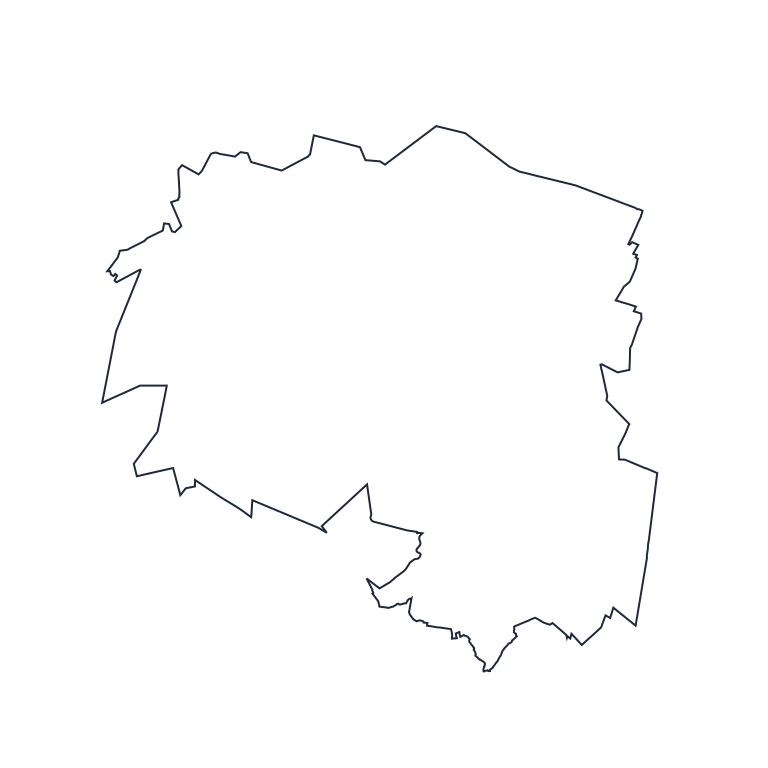 outline of Trincheras, Sonora, Mexico, rotated 101°
{"feature_id": "50627088B52969671288629", "entity_name": "Trincheras", "entity_type": "district", "adm_level": 2, "iso_a3": "MEX", "parent_name": "Mexico", "parent_adm1": "Sonora", "projection": "orthographic", "projection_center": [-111.475, 30.291], "detail": "fine", "context": "isolated", "style": "outline", "palette": "slate", "viewbox_px": 768, "rotation_deg": 101, "n_neighbors": 0, "source": "geoboundaries", "source_scale": "gbopen_adm2", "svg_char_len": 6070}
<svg xmlns="http://www.w3.org/2000/svg" viewBox="0 0 768 768"><g transform="rotate(101 384 384)"><path d="M510.1,614.4L521.7,609.0L514.9,593.6L506.7,575.0L532.0,562.7L524.2,558.7L520.6,550.0L514.3,551.2L526.5,522.2L533.3,503.9L535.4,498.9L540.1,489.0L537.4,489.2L523.2,491.1L537.7,420.9L541.0,411.7L535.4,418.0L485.8,381.5L514.4,371.6L517.8,371.8L519.3,371.1L520.7,369.5L521.1,368.1L523.3,333.5L522.9,323.3L524.0,323.2L524.0,322.7L523.7,321.7L523.5,321.3L523.2,317.8L525.5,319.4L526.2,319.8L527.1,320.0L528.3,320.1L528.9,320.0L529.6,319.8L530.8,319.1L532.2,318.3L533.1,317.9L533.4,317.8L534.1,317.8L534.8,317.8L535.2,317.9L536.2,318.4L539.4,320.2L540.0,320.4L540.6,320.5L541.1,320.4L541.5,320.2L542.0,320.0L542.5,319.4L542.7,319.1L543.3,316.6L543.6,316.1L543.9,315.8L544.4,315.5L544.7,315.4L545.5,315.6L547.2,316.1L547.8,316.4L548.8,317.2L549.2,318.0L549.9,319.9L550.3,320.7L553.7,323.9L554.2,324.5L555.4,324.8L560.9,327.0L562.2,327.7L564.4,329.2L571.7,335.9L577.4,340.3L585.5,349.4L578.2,364.0L588.3,356.1L588.8,356.2L591.1,354.6L591.9,355.4L597.3,349.4L598.5,348.1L603.4,346.0L603.1,340.7L603.0,340.0L602.9,338.3L603.1,337.8L602.9,336.9L602.7,336.5L602.4,335.7L601.9,335.0L600.9,332.9L600.5,332.2L599.7,331.3L599.3,330.9L598.9,330.4L598.4,329.9L597.8,329.7L596.9,328.1L597.5,326.9L597.6,326.4L595.9,323.0L595.4,322.0L595.2,320.6L593.5,320.0L592.2,319.6L591.5,319.3L590.9,318.7L590.6,318.6L590.1,318.2L589.8,317.6L589.8,317.3L589.9,317.2L590.1,317.2L590.1,316.8L589.1,316.1L603.3,315.9L603.6,315.5L604.0,315.4L605.2,314.8L607.8,312.0L608.6,311.2L608.8,310.7L609.1,310.4L609.4,310.3L609.8,309.5L610.5,307.1L610.6,306.8L610.6,306.3L610.4,306.1L610.3,305.9L609.8,305.0L609.3,304.3L609.2,302.9L609.3,301.7L609.6,300.1L610.0,299.7L610.6,299.5L610.3,295.8L613.0,295.7L612.9,292.3L612.8,290.5L612.7,285.8L612.3,281.7L612.2,278.3L611.8,271.7L612.6,271.2L613.1,270.8L615.1,270.0L616.6,269.5L617.9,269.1L621.0,268.8L619.6,263.9L618.4,264.7L616.9,265.3L615.8,265.6L615.2,265.9L613.1,262.7L616.1,261.6L617.7,260.8L617.1,260.0L615.6,258.3L615.2,258.0L615.2,257.7L615.6,257.0L615.7,256.6L615.6,255.3L616.2,253.7L616.8,252.8L617.2,252.5L617.3,252.1L618.3,251.0L618.8,251.3L619.4,251.4L619.8,251.4L620.1,251.3L620.9,250.9L621.3,250.6L621.5,250.2L622.2,249.4L622.9,248.8L623.4,248.2L624.2,247.0L625.0,246.3L626.1,245.0L627.6,245.3L627.9,245.1L628.1,244.9L628.2,244.6L628.6,244.3L629.2,243.9L629.6,243.6L630.1,243.3L631.1,242.6L631.4,242.5L632.1,242.4L632.5,242.6L633.0,242.5L633.5,242.3L634.7,239.8L635.3,239.2L636.0,238.2L636.2,237.9L636.3,237.7L636.0,237.4L636.6,236.1L637.0,235.0L637.3,234.2L637.9,232.9L638.8,231.8L639.5,231.3L640.4,231.6L640.9,231.4L642.6,231.6L642.6,231.9L644.1,231.9L644.8,232.0L646.5,231.7L647.1,231.4L647.0,231.0L646.8,230.5L646.4,230.2L645.3,227.7L645.7,227.3L645.9,226.9L645.9,226.3L645.8,226.2L645.7,226.0L645.6,225.8L645.5,225.3L645.1,225.5L644.5,225.6L643.7,225.0L643.2,224.4L641.7,223.1L640.6,222.8L638.9,221.9L637.4,221.3L635.2,220.2L635.0,219.9L634.4,219.7L632.3,219.1L630.3,218.5L628.6,217.7L628.0,217.7L627.7,217.4L626.5,217.3L624.6,217.0L623.4,216.8L622.4,216.3L621.9,215.9L620.4,215.4L617.0,213.1L615.3,212.4L614.7,211.7L614.0,210.5L613.5,209.9L613.0,209.5L612.4,209.4L612.0,209.5L611.4,209.4L611.0,209.1L610.7,208.7L606.3,205.5L605.4,206.5L605.2,206.7L604.4,206.6L604.1,206.7L603.0,209.1L601.7,209.3L600.0,209.3L598.6,209.6L597.3,210.0L591.9,202.0L588.8,197.2L586.7,194.4L584.6,191.0L585.5,188.0L587.6,182.5L588.2,178.8L588.6,175.2L586.5,173.0L595.5,157.2L598.2,156.0L596.6,155.8L598.3,152.6L593.4,152.3L602.4,140.1L592.0,132.2L582.0,124.8L581.4,124.4L568.9,122.4L570.5,117.3L559.8,116.2L563.5,109.2L573.2,90.9L515.7,92.4L504.4,92.7L502.2,93.3L496.1,93.5L491.5,94.1L490.7,94.2L490.2,94.2L490.0,94.3L489.6,94.2L487.1,94.2L419.3,98.8L416.8,110.2L416.7,110.9L416.9,111.1L412.3,133.1L413.2,138.9L401.5,141.8L387.6,137.9L386.5,137.6L386.1,137.5L385.9,137.5L378.4,136.1L377.5,135.9L376.6,135.5L372.8,140.9L371.3,143.1L365.6,151.2L358.2,161.8L357.6,162.5L353.0,162.6L330.4,172.3L328.1,173.4L323.8,175.2L323.1,174.0L326.3,162.9L327.5,158.7L328.0,156.8L326.0,152.2L325.0,149.8L323.3,145.8L315.1,147.0L301.5,149.3L298.1,148.2L279.7,145.7L271.0,143.7L265.8,145.0L264.9,152.7L260.0,151.5L258.9,160.1L258.6,164.0L257.7,172.5L244.5,167.7L242.7,167.1L237.8,163.1L236.1,162.1L222.8,159.1L222.4,159.1L213.2,158.8L213.0,159.1L212.5,158.9L211.8,161.2L209.1,160.3L208.6,164.2L207.2,163.8L203.7,162.6L203.0,162.3L198.9,160.9L198.4,163.3L197.9,165.4L197.5,167.0L197.5,167.6L198.5,168.2L199.9,169.2L200.4,169.6L200.0,170.9L191.6,168.6L173.7,164.6L170.7,163.7L169.3,163.9L167.7,163.4L164.6,163.3L163.8,167.1L164.1,168.9L163.4,170.2L163.3,170.6L163.0,171.8L162.8,173.0L160.7,185.8L160.5,186.8L160.1,188.9L159.6,191.9L157.7,203.1L155.9,213.8L154.6,221.6L154.3,222.9L153.8,226.3L152.9,231.2L152.5,233.9L152.1,241.2L152.0,243.4L151.8,247.8L150.5,275.2L150.0,283.5L149.7,291.4L146.7,302.5L143.8,308.4L139.8,316.5L125.9,344.7L122.3,352.1L120.9,382.0L159.8,417.1L168.5,424.9L166.2,430.4L167.8,444.9L156.1,452.8L153.3,500.3L172.9,500.4L173.5,501.1L174.4,501.7L174.7,501.8L175.1,501.8L175.5,502.3L194.0,525.2L191.5,556.8L183.5,561.9L183.8,569.1L189.2,573.6L189.3,584.0L189.5,588.4L189.0,592.3L188.8,593.2L190.7,597.4L192.0,598.1L209.8,603.5L213.6,606.0L207.7,624.0L212.7,626.8L217.8,625.7L222.2,624.5L234.2,621.5L236.3,621.1L237.0,621.2L237.7,621.1L238.5,620.6L239.5,620.6L239.9,621.0L240.5,621.1L240.8,621.2L241.2,621.0L242.0,621.3L242.5,621.2L246.2,627.7L267.6,613.1L274.9,618.3L274.6,621.3L268.0,625.5L268.3,630.5L275.5,630.4L276.7,631.9L282.0,639.0L286.0,644.2L287.2,645.1L288.6,646.0L288.9,646.3L289.3,646.4L299.7,659.8L301.1,661.3L303.6,668.7L310.6,669.5L326.1,677.1L325.5,674.5L328.6,672.9L329.7,670.2L327.2,668.8L328.4,666.7L333.9,668.2L335.2,666.0L319.1,646.3L318.2,645.1L318.2,644.9L318.0,644.6L317.9,644.5L317.5,644.4L328.8,646.5L377.3,655.9L383.3,657.0L388.4,657.2L390.8,657.1L456.2,657.1L448.7,646.6L432.1,623.1L427.0,597.0L428.4,596.9L439.7,596.9L447.6,597.0L451.8,597.0L474.0,597.2L482.1,601.1L510.1,614.4Z" fill="none" stroke="#1e293b" stroke-width="2"/></g></svg>